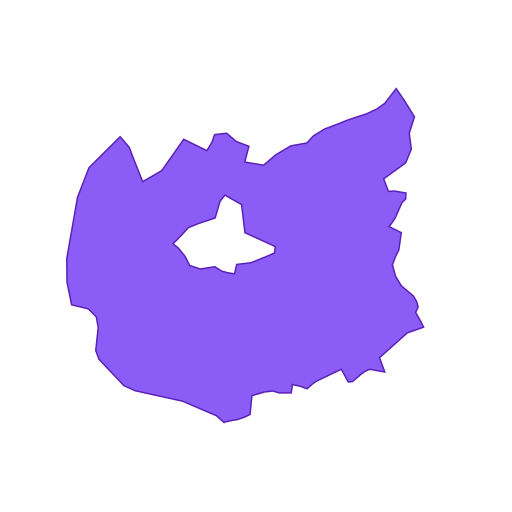 the Municipality of Daugavpils, rotated 74°
{"feature_id": "LVA-1081", "entity_name": "Daugavpils", "entity_type": "Municipality", "adm_level": 1, "iso_a3": "LVA", "parent_name": "Latvia", "parent_adm1": "", "projection": "mercator", "projection_center": [26.626, 55.932], "detail": "fine", "context": "isolated", "style": "filled", "palette": "violet", "viewbox_px": 512, "rotation_deg": 74, "n_neighbors": 0, "source": "natural_earth", "source_scale": "10m", "svg_char_len": 1541}
<svg xmlns="http://www.w3.org/2000/svg" viewBox="0 0 512 512"><g transform="rotate(74 256 256)"><path d="M252.1,446.7L229.1,444.9L206.3,438.6L150.4,411.4L125.1,392.2L103.9,353.7L116.6,347.9L129.9,346.8L153.3,344.4L147.9,323.0L123.9,293.3L141.2,274.2L134.6,267.1L127.9,262.3L129.9,250.4L140.6,243.3L148.6,232.6L162.6,240.9L170.8,223.7L164.2,209.2L159.7,192.0L161.4,176.0L156.3,167.6L152.8,154.8L151.6,140.2L150.5,129.7L149.8,110.6L148.1,99.7L144.7,90.1L133.7,75.1L147.6,70.5L165.9,65.3L180.3,74.9L196.0,77.2L207.7,86.4L217.0,112.0L230.4,110.9L231.7,105.0L236.8,94.5L242.5,96.4L244.7,100.7L258.2,112.1L262.6,117.4L264.3,120.1L273.6,109.9L289.5,117.0L294.8,121.9L302.1,127.3L314.0,127.4L324.8,124.5L337.9,115.7L344.3,114.1L349.8,114.2L354.2,118.1L364.1,115.7L370.6,114.5L371.6,131.8L387.8,165.3L403.0,164.2L396.2,178.0L396.9,182.9L398.8,188.1L403.3,197.8L402.6,202.0L388.4,205.2L392.8,231.6L394.3,236.4L397.7,243.5L393.2,249.7L389.6,256.5L397.3,259.8L394.0,271.5L390.5,276.9L389.1,284.8L389.1,298.4L406.7,305.4L407.8,311.7L408.1,319.4L407.5,323.5L407.0,332.0L407.1,332.3L407.3,332.6L398.6,338.1L375.3,366.7L352.2,409.3L344.2,418.7L312.0,435.4L302.7,436.1L281.3,427.4L270.5,426.3L260.6,431.7L252.1,446.7ZM221.4,332.4L227.1,328.4L236.7,324.3L246.9,322.3L253.1,313.2L255.0,298.5L261.0,293.2L264.4,287.7L267.2,281.5L258.8,276.9L261.1,262.7L259.4,246.5L258.2,237.4L252.2,234.9L230.6,260.2L202.6,255.7L188.9,269.1L193.5,275.5L208.2,284.8L208.9,302.1L210.1,313.2L215.7,322.3L221.4,332.4Z" fill="#8b5cf6" stroke="#5b21b6" stroke-width="1.5"/></g></svg>